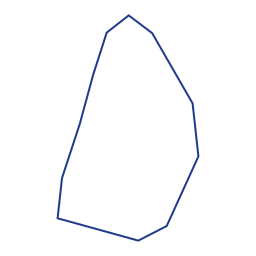 the Municipality of Şəki
{"feature_id": "AZE-5564", "entity_name": "Şəki", "entity_type": "Municipality", "adm_level": 1, "iso_a3": "AZE", "parent_name": "Azerbaijan", "parent_adm1": "", "projection": "orthographic", "projection_center": [47.182, 41.199], "detail": "fine", "context": "isolated", "style": "outline", "palette": "blue", "viewbox_px": 256, "rotation_deg": 0, "n_neighbors": 0, "source": "natural_earth", "source_scale": "10m", "svg_char_len": 262}
<svg xmlns="http://www.w3.org/2000/svg" viewBox="0 0 256 256"><path d="M128.7,15.4L152.2,33.2L192.6,103.4L198.4,156.4L166.7,226.0L138.3,240.6L57.6,218.3L62.0,178.1L79.8,123.8L93.2,74.7L106.7,32.6L128.7,15.4Z" fill="none" stroke="#1e3a8a" stroke-width="2"/></svg>